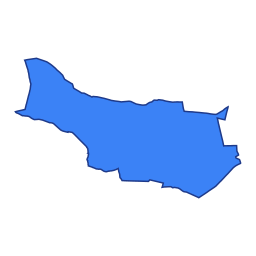 the district of Urziceni, Romania
{"feature_id": "2599482B49028853764158", "entity_name": "Urziceni", "entity_type": "district", "adm_level": 2, "iso_a3": "ROU", "parent_name": "Romania", "parent_adm1": "", "projection": "equal_earth", "projection_center": [22.375, 47.735], "detail": "fine", "context": "isolated", "style": "filled", "palette": "blue", "viewbox_px": 256, "rotation_deg": 0, "n_neighbors": 0, "source": "geoboundaries", "source_scale": "gbopen_adm2", "svg_char_len": 4685}
<svg xmlns="http://www.w3.org/2000/svg" viewBox="0 0 256 256"><path d="M228.1,106.8L226.9,107.5L226.4,107.8L225.9,108.1L224.8,108.9L224.3,109.3L223.9,109.7L223.7,109.9L222.6,110.8L222.2,111.0L221.4,111.4L220.2,112.1L217.4,113.8L216.6,114.2L216.2,114.3L215.7,114.4L213.9,114.3L210.5,113.9L208.5,113.5L206.5,113.2L203.0,112.9L199.3,112.5L198.1,112.4L195.4,112.2L192.7,111.9L188.5,111.7L185.4,111.4L184.2,111.3L183.5,109.1L183.1,107.1L182.4,102.8L182.3,102.0L179.3,102.0L177.1,101.9L175.8,102.0L175.0,102.0L172.7,102.2L169.3,101.7L167.6,101.4L165.9,101.1L164.7,100.8L162.8,100.2L158.6,99.7L158.0,99.9L157.4,100.3L154.1,100.1L153.1,100.8L152.8,101.1L152.5,101.4L151.6,102.0L150.0,102.3L148.6,103.0L147.1,104.0L146.1,104.8L143.5,105.1L142.2,105.1L139.2,104.6L136.2,104.0L133.4,102.7L130.9,101.5L129.1,101.2L128.0,101.3L124.5,101.6L121.2,101.9L119.7,101.6L118.3,101.4L114.9,101.0L112.7,100.6L111.7,100.5L109.8,99.9L107.6,99.3L104.0,98.3L102.5,98.0L98.6,97.1L97.0,96.8L94.2,96.6L93.7,96.5L92.9,96.5L92.0,97.0L91.6,96.9L89.7,95.8L88.4,95.4L87.7,94.9L84.2,93.2L81.6,93.0L79.1,91.4L76.5,89.9L73.9,88.4L73.7,88.1L73.4,87.4L73.1,86.2L72.9,85.4L72.3,83.9L71.1,83.3L69.5,82.3L68.3,81.6L64.6,79.3L63.5,77.1L62.7,75.3L61.5,74.1L59.9,72.5L57.0,70.0L55.3,68.2L53.2,66.4L51.5,65.0L50.0,63.9L46.9,61.9L43.9,60.8L39.1,59.2L36.5,58.3L33.9,58.7L30.4,59.2L27.6,59.6L24.7,60.2L24.9,60.6L25.4,61.8L25.7,62.8L26.3,64.9L27.2,67.7L28.0,70.0L28.2,71.5L28.7,73.3L29.1,76.2L29.3,77.7L29.9,79.7L30.2,81.7L30.9,84.0L30.6,85.8L30.2,89.3L29.9,90.3L29.3,93.0L28.7,95.2L28.6,95.4L28.4,96.2L27.7,99.0L27.0,101.8L26.4,104.2L26.2,104.6L25.8,106.4L25.2,108.8L25.1,109.4L22.2,110.1L17.7,111.1L15.4,111.7L15.7,112.2L16.1,112.6L16.4,112.8L16.6,112.9L18.1,113.4L20.2,114.5L22.3,115.7L23.0,115.7L23.3,115.7L25.4,116.0L27.3,116.1L29.0,116.5L29.3,116.6L31.3,118.1L31.8,118.4L32.9,119.0L34.3,119.6L34.6,119.6L37.4,119.4L38.5,119.3L39.6,119.4L41.6,119.9L41.8,119.8L49.6,122.7L50.1,122.7L51.9,122.9L52.7,123.2L53.4,123.5L53.9,123.9L58.9,128.4L60.7,130.0L62.5,130.9L64.2,131.4L66.2,131.9L68.0,132.3L68.2,131.7L72.2,132.4L73.7,133.7L76.5,136.5L79.8,139.9L86.7,146.8L86.7,147.3L87.4,148.1L87.7,148.5L87.8,148.8L87.8,149.3L87.9,149.8L87.9,150.1L88.0,150.3L88.0,150.5L88.0,150.8L88.0,151.0L88.1,151.3L88.1,151.6L88.0,152.1L88.1,152.3L88.2,152.7L88.2,152.9L88.1,153.0L88.4,153.0L88.5,153.1L88.4,153.2L88.2,153.6L88.2,153.8L88.4,154.2L88.5,154.4L88.5,154.8L88.4,155.1L88.2,155.6L88.2,156.1L88.2,156.4L87.9,157.0L87.8,157.3L87.8,157.5L87.7,157.6L87.4,158.2L87.3,158.6L87.2,158.8L87.1,159.1L87.0,159.3L87.1,159.7L87.2,159.8L87.2,160.0L87.3,160.3L87.7,160.5L87.6,161.0L87.7,161.4L87.8,162.1L88.1,162.8L88.1,163.2L88.1,163.4L88.1,163.7L88.1,164.2L88.1,164.6L88.2,164.8L88.4,165.3L88.4,165.6L88.4,165.9L88.5,165.9L88.8,166.0L89.1,166.1L89.8,166.4L90.6,166.6L91.1,166.8L92.0,167.1L92.3,167.2L92.7,167.5L92.9,167.5L93.3,167.6L93.5,167.6L93.9,167.9L94.5,168.1L94.8,168.2L96.0,168.8L96.4,168.9L97.1,169.0L97.6,169.0L98.4,169.2L99.0,169.2L99.3,169.1L100.3,169.2L100.9,169.3L101.1,169.4L102.5,170.3L103.0,170.6L103.2,170.8L103.7,171.1L104.6,171.4L105.2,171.6L106.0,171.7L106.6,171.7L108.7,171.1L109.1,171.1L109.4,171.1L110.3,170.9L111.7,170.8L112.9,170.5L113.6,170.4L114.2,170.2L115.0,169.9L116.0,169.6L116.3,169.4L116.7,169.2L117.5,168.8L117.9,168.7L118.2,168.5L118.5,170.1L118.8,171.7L119.2,172.8L119.4,173.4L119.6,174.0L119.8,175.8L119.9,176.9L120.0,177.5L120.2,177.9L120.6,178.2L120.9,178.5L121.1,178.9L122.1,180.6L122.4,180.6L123.4,180.6L124.5,180.7L127.5,180.8L134.2,181.0L138.7,181.1L148.5,181.4L149.7,179.9L149.8,179.9L150.0,179.9L150.4,180.0L150.8,180.1L159.3,182.1L163.0,183.0L163.3,183.1L162.3,186.7L162.1,187.3L163.2,187.1L165.0,186.9L165.9,186.9L167.3,186.8L169.1,186.7L170.5,186.7L170.9,186.7L171.0,186.7L171.8,187.2L172.6,187.7L172.9,187.7L174.5,187.4L176.8,187.8L178.1,188.0L178.4,188.2L179.1,188.5L179.8,188.9L181.0,189.8L182.5,190.9L183.3,191.4L184.0,191.7L186.6,192.1L188.1,192.8L198.1,197.3L198.8,197.7L201.8,195.7L206.8,192.4L208.7,191.0L214.1,187.4L216.1,185.9L216.8,185.1L217.6,184.3L220.0,181.8L220.9,181.0L223.9,177.8L224.8,176.8L226.6,174.9L227.9,173.6L229.7,171.6L233.4,167.6L235.6,165.9L237.9,164.6L240.5,163.4L240.6,163.2L240.6,162.9L239.7,160.0L239.5,159.7L239.1,159.4L236.4,158.2L235.9,157.8L235.8,157.4L235.7,156.7L238.5,155.1L238.5,154.7L238.2,153.8L237.5,152.4L236.9,151.2L236.6,145.6L232.9,145.6L232.2,145.7L226.0,145.8L224.9,145.8L223.7,145.9L222.6,140.7L221.6,136.7L220.7,132.9L219.3,127.0L218.9,125.2L218.5,123.8L217.7,119.7L217.3,118.1L217.8,118.2L223.0,119.4L224.2,119.6L224.9,119.8L225.4,117.6L226.7,112.2L227.9,107.8L228.0,107.1L228.1,106.9L228.1,106.8Z" fill="#3b82f6" stroke="#1e3a8a" stroke-width="1.5"/></svg>